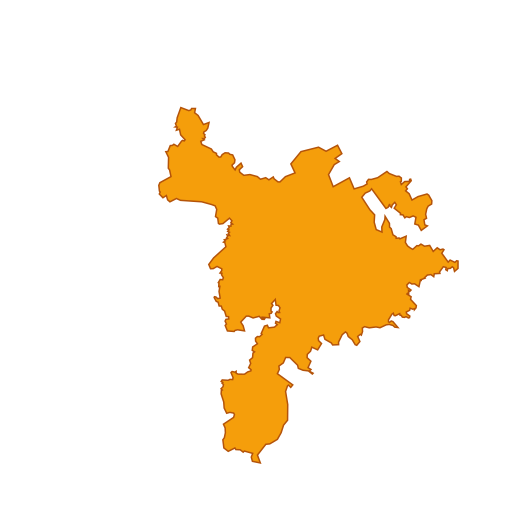 outline of Teloloapan, Guerrero, Mexico, rotated 223°
{"feature_id": "50627088B66496365235965", "entity_name": "Teloloapan", "entity_type": "district", "adm_level": 2, "iso_a3": "MEX", "parent_name": "Mexico", "parent_adm1": "Guerrero", "projection": "robinson", "projection_center": [-99.906, 18.387], "detail": "fine", "context": "isolated", "style": "filled", "palette": "amber", "viewbox_px": 512, "rotation_deg": 223, "n_neighbors": 0, "source": "geoboundaries", "source_scale": "gbopen_adm2", "svg_char_len": 6167}
<svg xmlns="http://www.w3.org/2000/svg" viewBox="0 0 512 512"><g transform="rotate(223 256 256)"><path d="M122.3,105.7L118.6,103.4L111.7,107.6L119.2,111.4L120.4,125.0L117.8,128.0L115.3,136.5L117.1,143.9L120.5,151.1L120.9,157.4L131.5,169.0L142.0,177.1L144.4,182.5L144.2,183.8L141.0,183.6L141.2,186.8L160.1,184.5L161.6,189.0L164.2,191.1L163.1,196.4L165.1,202.0L162.0,204.8L151.1,204.5L148.4,202.7L143.7,204.5L139.3,207.7L134.3,208.1L134.3,209.2L138.5,208.1L138.4,210.5L141.8,209.8L144.1,216.5L149.3,216.5L151.4,219.0L151.2,223.6L153.0,227.4L146.9,229.4L148.4,236.7L152.6,236.8L154.5,238.4L155.1,240.5L152.7,244.3L148.8,242.1L141.6,243.8L139.3,243.2L135.1,247.5L136.9,249.3L139.3,257.2L138.8,261.5L136.7,261.6L133.6,260.0L128.5,260.4L123.0,258.8L121.4,259.4L121.7,264.3L126.8,266.5L126.3,269.9L125.0,270.0L126.6,273.5L129.1,275.8L128.4,278.4L124.2,280.7L119.8,286.0L116.4,288.1L113.8,294.5L111.9,296.8L108.5,298.6L106.0,298.6L103.4,300.5L111.1,301.4L112.8,300.7L113.1,298.5L114.2,298.2L115.6,299.7L116.9,306.0L116.6,307.8L114.4,306.7L113.4,307.3L111.6,311.9L110.2,310.9L109.3,311.6L107.3,311.1L105.5,312.4L104.9,314.0L102.3,314.6L101.7,315.6L102.5,317.0L106.5,316.5L107.9,317.5L106.6,321.1L107.7,322.9L105.1,324.0L104.2,325.5L103.5,324.8L103.6,327.2L104.9,329.1L113.4,329.7L114.8,332.0L119.7,331.1L119.8,332.0L118.2,332.2L120.9,334.8L119.4,335.0L119.4,336.8L123.9,336.2L125.9,337.6L125.8,341.2L122.9,341.8L121.1,343.8L115.9,344.7L119.4,350.6L118.6,350.9L119.1,351.4L117.3,355.0L117.9,355.0L117.7,358.9L115.4,361.7L111.9,362.1L113.5,364.6L109.6,368.7L110.9,369.5L111.7,375.9L109.1,377.3L107.9,375.4L106.1,375.7L107.2,377.6L105.5,379.4L105.1,382.0L103.4,382.1L100.3,380.1L99.8,384.7L104.8,390.1L106.0,389.4L106.2,387.0L111.3,385.4L111.3,382.6L122.0,384.7L122.8,388.8L124.0,388.6L125.6,386.1L129.1,385.6L129.5,380.2L136.2,382.2L139.4,378.1L143.5,377.2L144.0,374.4L145.4,373.3L145.9,367.8L148.6,367.1L152.0,366.7L156.0,367.8L159.7,372.9L162.5,366.7L163.6,366.8L165.6,364.5L166.7,365.6L170.3,364.9L175.8,368.2L178.0,368.2L180.7,370.9L188.7,373.1L186.6,370.5L183.8,363.0L180.2,359.4L186.1,357.3L192.6,361.3L197.3,367.0L204.3,367.5L218.7,371.1L219.0,376.5L217.1,381.2L217.3,384.0L193.4,379.4L192.6,381.7L193.7,385.2L192.4,383.9L190.1,383.9L191.2,386.3L191.1,389.9L188.3,389.2L187.5,385.2L179.4,385.8L178.6,384.7L176.6,386.3L173.2,385.4L172.8,387.4L170.1,388.7L168.4,392.5L165.4,393.4L161.7,387.7L158.3,389.3L152.6,387.4L151.2,394.9L153.8,393.9L157.9,397.1L157.0,399.9L160.4,402.2L163.3,407.0L164.1,409.9L163.0,413.8L165.1,416.4L171.2,418.3L173.2,418.0L178.0,410.0L180.1,403.3L186.5,406.0L191.0,405.7L191.1,408.4L193.5,408.8L193.8,416.9L195.3,417.7L195.9,416.8L194.7,415.2L198.0,411.9L198.5,407.4L201.0,408.8L200.7,409.8L202.9,412.2L205.8,411.9L207.6,410.0L214.8,407.2L217.9,407.1L220.4,396.3L223.8,390.7L226.0,388.8L225.6,385.6L223.9,384.5L225.1,380.3L230.0,372.0L241.0,376.9L246.8,359.3L258.5,365.0L261.1,376.2L259.5,381.9L264.7,381.3L263.0,389.4L271.9,392.6L276.2,380.4L284.5,378.2L294.3,363.0L293.3,347.1L284.1,343.4L288.6,334.1L289.0,326.5L290.5,325.2L295.4,324.8L297.3,325.6L298.5,320.5L302.3,319.9L305.1,315.2L309.2,315.0L316.0,311.4L319.9,306.7L325.0,306.2L327.0,307.6L326.7,312.2L330.3,313.7L330.9,307.5L330.0,304.7L334.4,305.4L335.5,306.1L335.3,309.5L337.0,312.0L342.0,314.0L344.6,312.5L346.3,312.6L349.0,310.4L349.9,307.1L349.3,304.4L350.4,303.1L353.8,303.0L354.9,304.1L358.4,303.0L361.6,303.8L371.6,300.6L374.6,302.2L373.1,305.7L374.9,305.7L373.9,306.6L374.0,308.2L375.6,308.6L376.1,309.9L377.9,309.8L378.7,311.1L378.0,313.9L378.5,316.7L381.4,321.6L384.1,316.3L394.2,319.3L398.6,318.9L400.9,322.6L403.7,320.0L403.3,318.3L404.3,316.5L412.2,313.3L407.9,303.3L405.4,299.9L405.3,298.0L402.7,296.7L403.1,295.3L401.3,296.6L400.0,293.7L398.4,296.5L393.7,293.2L387.1,292.7L387.0,291.2L388.5,290.5L388.8,289.3L388.0,282.7L392.3,281.7L392.6,279.8L394.0,278.3L391.7,272.3L393.1,270.8L387.2,268.5L380.0,260.4L377.9,260.0L372.3,256.1L376.3,244.1L375.3,241.4L370.9,237.6L369.7,237.4L369.0,235.4L363.8,235.1L362.8,239.1L358.9,236.8L355.9,236.9L353.4,243.8L349.2,245.2L332.7,258.6L323.7,263.3L320.1,264.8L316.5,263.3L312.5,257.2L309.8,257.6L305.7,254.2L304.5,254.4L302.3,257.1L301.2,265.6L297.6,265.3L297.1,263.2L294.9,263.4L295.8,262.1L294.7,260.7L296.6,259.3L295.0,258.6L295.1,256.2L293.6,256.6L293.5,254.7L291.6,255.3L291.6,253.6L289.4,253.0L291.6,251.7L290.2,251.1L289.9,249.3L288.7,249.4L290.2,246.2L288.7,246.2L289.2,244.0L287.8,244.5L284.3,242.2L285.7,225.8L284.8,217.6L280.6,215.7L278.7,217.5L277.4,221.8L272.3,223.3L271.1,222.0L270.7,219.0L269.1,220.1L268.5,218.8L265.1,217.9L264.2,215.9L266.2,214.4L265.4,210.8L264.7,211.0L262.4,208.2L261.7,209.1L258.8,204.8L253.5,200.8L254.9,198.7L257.4,198.7L258.6,197.9L258.3,197.1L254.2,195.7L252.2,196.4L248.9,194.3L247.2,195.7L244.4,194.1L241.4,194.3L236.6,191.5L234.7,192.9L233.0,191.4L234.8,189.2L234.2,187.3L231.2,186.1L231.2,184.2L225.8,181.7L220.5,185.9L220.6,187.3L219.1,189.5L213.3,193.4L217.8,196.2L222.1,197.3L222.1,205.4L220.3,207.1L215.9,208.7L212.5,214.1L208.4,213.8L206.7,215.3L206.9,216.3L209.3,214.5L209.9,215.4L203.7,220.2L206.9,222.8L205.8,224.5L206.1,226.1L207.5,226.0L209.5,228.2L210.0,231.5L212.2,231.8L212.3,237.4L207.8,233.7L205.8,235.1L203.1,234.5L201.7,231.5L200.2,230.8L201.2,229.7L202.7,229.8L202.4,227.1L200.2,225.9L195.1,226.7L193.1,223.4L196.8,221.8L195.9,220.1L193.6,220.3L194.0,216.5L197.9,212.0L200.5,213.1L202.0,210.5L199.3,202.8L198.1,202.8L198.3,199.5L200.1,198.0L200.3,195.5L198.3,193.5L195.1,192.8L196.4,187.2L194.4,184.4L191.7,184.9L192.0,182.9L189.2,179.3L189.7,175.5L186.6,173.8L185.2,169.3L182.1,169.5L181.4,168.5L183.0,165.6L183.8,161.7L188.5,157.4L190.5,156.7L191.9,158.1L192.2,156.7L194.7,155.2L194.8,153.7L189.8,151.4L188.8,149.7L190.9,148.0L191.6,146.1L196.2,142.3L195.9,140.5L194.1,140.9L194.0,139.8L192.1,139.8L191.0,137.9L191.0,135.0L189.3,135.0L189.6,134.0L187.5,131.4L180.0,127.2L175.6,123.1L170.2,121.0L168.5,123.8L165.2,125.9L163.6,125.3L162.3,122.7L165.1,110.8L161.3,109.2L157.8,105.8L155.2,101.5L154.9,99.0L148.6,93.7L143.1,94.2L140.5,101.2L138.7,100.7L135.4,103.5L131.6,103.8L131.5,105.4L123.8,109.4L122.3,105.7Z" fill="#f59e0b" stroke="#b45309" stroke-width="1.5"/></g></svg>